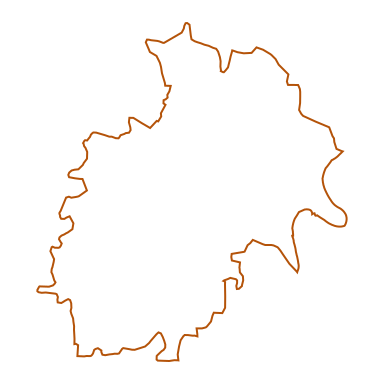 Quwisna, Al Minufiyah, Egypt (Equal Earth projection)
{"feature_id": "37247803B73326223517768", "entity_name": "Quwisna", "entity_type": "district", "adm_level": 2, "iso_a3": "EGY", "parent_name": "Egypt", "parent_adm1": "Al Minufiyah", "projection": "equal_earth", "projection_center": [31.193, 30.56], "detail": "fine", "context": "isolated", "style": "outline", "palette": "amber", "viewbox_px": 384, "rotation_deg": 0, "n_neighbors": 0, "source": "geoboundaries", "source_scale": "gbopen_adm2", "svg_char_len": 5942}
<svg xmlns="http://www.w3.org/2000/svg" viewBox="0 0 384 384"><path d="M178.4,360.4L177.7,354.4L179.1,346.3L180.6,340.3L183.5,336.0L184.0,335.7L184.6,335.0L188.2,335.1L192.7,335.7L194.6,335.6L197.4,336.4L197.3,333.9L196.6,328.4L202.0,328.4L205.8,327.4L206.9,326.5L211.0,321.5L212.5,315.7L213.8,312.7L215.2,312.8L222.3,313.1L225.1,307.8L225.2,297.6L225.2,295.9L225.0,284.2L225.1,282.0L224.1,281.1L223.5,280.9L224.1,280.4L228.0,279.0L230.3,277.9L235.9,279.2L237.1,280.4L237.1,283.1L236.3,285.9L236.9,289.0L238.9,288.8L241.9,286.1L242.0,285.1L243.2,280.3L242.9,276.2L239.9,272.4L239.6,268.5L239.4,267.7L240.0,262.4L231.9,260.5L231.3,257.0L231.7,253.9L243.7,251.9L244.6,251.6L247.6,245.2L250.3,243.1L252.8,239.9L262.8,244.2L265.2,245.0L271.3,245.0L273.5,245.4L277.5,247.2L278.3,248.0L280.4,250.6L283.0,254.5L289.4,263.8L296.6,271.4L297.2,272.2L297.5,271.2L297.9,270.2L298.1,269.7L298.3,269.0L298.5,268.2L298.6,267.5L298.6,267.1L298.7,266.3L298.7,265.6L298.6,264.8L298.5,264.0L298.3,263.3L298.0,261.0L297.6,259.0L297.1,256.5L296.6,254.9L296.5,254.2L296.2,253.0L295.9,251.7L295.6,249.4L295.3,247.8L295.1,247.0L294.9,246.2L294.5,244.6L294.0,243.0L293.8,242.1L293.7,241.5L293.7,240.7L293.5,239.9L293.3,239.1L293.0,238.0L292.5,236.9L292.3,236.2L292.2,235.6L292.4,235.5L292.6,235.4L292.8,235.3L293.1,235.4L293.1,234.1L293.0,233.5L292.9,232.2L292.9,231.6L292.8,231.0L292.6,229.8L292.3,228.3L292.5,227.1L292.7,225.7L293.0,224.4L293.3,223.0L293.9,221.0L294.4,219.7L294.8,218.7L295.5,217.6L296.7,215.8L297.8,214.0L298.9,212.1L304.7,209.5L304.9,209.5L306.0,209.4L306.7,209.3L307.5,209.4L308.6,209.5L309.3,209.7L309.9,209.9L310.5,210.2L311.0,210.7L311.3,211.0L311.6,211.6L311.9,212.2L312.1,212.8L312.1,213.0L312.2,213.5L312.2,214.2L312.7,213.9L313.2,213.6L314.0,213.4L314.5,213.3L314.7,213.9L314.9,214.5L315.1,215.1L315.5,215.7L316.0,215.7L316.4,215.6L316.8,215.5L317.1,215.3L320.3,217.5L324.5,220.1L325.5,221.0L326.5,221.7L327.6,222.5L329.2,223.5L330.9,224.3L332.1,224.9L333.3,225.3L334.5,225.8L335.7,226.1L336.1,226.2L337.0,226.4L338.0,226.5L338.9,226.6L339.9,226.6L340.8,226.6L341.8,226.5L342.7,226.3L343.6,226.1L344.5,225.8L344.9,225.2L345.3,224.5L345.6,223.8L346.0,222.7L346.2,222.0L346.4,221.2L346.5,220.4L346.6,219.6L346.6,219.2L346.6,218.8L346.6,218.0L346.5,217.2L346.3,216.5L346.3,216.1L346.0,215.3L345.9,215.0L345.8,214.6L345.2,213.6L344.5,212.5L343.9,211.7L343.3,211.0L342.7,210.4L342.0,209.8L341.4,209.3L340.6,208.7L339.9,208.3L338.0,207.3L336.7,206.5L335.5,205.6L334.7,205.0L334.0,204.3L333.3,203.6L332.6,202.8L331.7,201.6L331.1,200.7L330.7,200.0L329.8,198.7L328.8,197.1L327.5,194.8L326.3,192.4L325.1,189.9L324.8,189.1L324.3,187.9L323.8,186.1L323.4,184.9L323.2,183.6L322.9,182.4L322.8,181.1L322.7,180.5L322.6,179.2L322.5,178.5L322.8,177.4L322.9,176.7L323.2,175.3L323.6,173.9L324.0,172.5L324.5,171.1L325.0,169.8L325.6,168.3L327.3,166.3L328.5,164.7L330.3,162.3L331.7,160.2L333.0,159.6L334.1,158.9L335.3,158.2L336.6,157.2L337.5,156.5L338.2,155.8L339.0,155.0L339.8,154.2L340.5,153.6L341.5,152.6L342.7,151.4L341.7,151.1L336.5,148.9L334.3,142.0L334.0,138.4L332.5,136.1L329.2,127.3L315.6,121.6L303.1,115.9L301.3,113.9L299.1,110.0L300.1,103.1L300.2,96.4L300.2,91.9L299.9,89.1L298.5,85.8L298.1,85.0L288.0,84.9L286.9,81.5L288.4,74.4L278.7,64.7L275.6,59.1L271.5,55.0L270.2,54.0L263.0,49.7L259.6,48.5L256.5,47.4L251.6,52.9L243.7,53.3L237.5,52.2L232.7,50.5L232.2,50.4L232.0,51.6L230.6,56.5L229.7,60.6L228.9,63.7L228.0,67.4L225.5,70.5L223.9,72.2L223.1,72.2L220.8,71.1L221.0,70.5L220.4,66.6L220.6,61.2L219.9,57.1L218.1,51.6L216.2,48.8L213.0,47.8L208.7,45.8L204.4,44.7L200.9,43.3L197.3,42.2L194.6,41.2L191.5,39.3L190.8,35.6L189.5,24.7L187.1,23.0L185.6,23.2L184.3,25.9L183.8,28.6L181.7,32.6L164.0,42.9L163.2,42.9L159.3,41.4L157.3,40.9L151.0,40.2L149.0,39.7L147.0,39.6L145.8,42.3L148.8,49.3L149.9,52.0L156.5,55.9L159.9,62.8L161.0,66.9L162.0,73.3L163.8,79.3L164.9,83.0L165.2,85.7L170.7,85.9L169.4,91.3L167.3,94.9L167.6,97.6L165.6,99.4L164.4,99.8L163.6,100.2L163.5,103.4L165.5,104.8L160.9,113.3L161.2,116.5L158.2,121.4L156.7,120.9L150.1,128.0L141.9,123.2L133.4,117.9L129.4,117.8L128.9,122.3L130.3,127.3L130.6,130.1L129.0,132.7L125.8,133.1L124.2,134.0L120.6,135.2L119.3,137.4L118.5,138.3L115.8,138.2L111.8,136.7L109.4,136.7L104.7,135.1L96.1,132.6L93.3,132.5L92.1,133.4L90.9,134.7L90.0,136.9L88.8,138.3L87.5,140.0L87.1,140.5L85.1,140.2L84.4,140.8L83.1,143.1L83.5,143.5L84.2,146.3L85.4,147.7L87.2,151.9L87.0,158.7L83.7,163.1L82.9,164.9L78.4,169.3L74.6,169.7L71.6,170.5L69.2,172.6L68.3,174.9L69.1,177.2L75.0,178.3L79.7,178.9L82.5,179.0L86.9,190.5L78.9,196.2L77.7,196.6L75.7,197.0L71.3,197.7L68.9,196.7L66.1,197.6L60.6,211.0L59.5,212.7L59.4,213.7L60.1,215.6L60.1,216.9L61.2,218.8L64.4,218.9L66.4,217.6L69.6,216.3L73.4,223.3L72.4,229.2L67.6,232.6L66.4,233.1L64.3,234.4L61.5,235.6L59.5,237.4L59.0,239.2L60.9,242.4L61.7,243.4L60.9,245.6L59.6,247.4L58.4,247.8L54.8,247.7L52.5,246.7L51.7,247.2L50.4,251.2L53.4,257.7L54.1,259.1L53.7,261.8L52.4,267.3L52.0,268.2L51.7,269.1L51.4,272.2L52.5,274.5L54.3,280.5L55.5,282.3L54.7,283.7L53.0,285.4L49.0,286.7L39.5,286.4L39.1,286.8L37.4,289.9L37.4,291.3L38.6,292.2L41.7,292.8L45.7,292.5L55.6,293.7L56.7,294.2L57.9,297.0L57.4,299.7L57.7,302.4L61.3,303.0L62.9,302.1L64.9,300.8L68.1,299.1L70.1,300.1L71.2,303.3L71.4,307.9L70.6,311.0L71.3,313.8L73.1,318.4L73.4,321.6L74.1,326.2L74.0,329.8L74.3,334.8L74.5,338.9L74.4,344.1L75.8,343.8L78.1,345.2L77.4,356.1L84.2,356.4L86.6,356.0L90.1,356.1L91.3,355.7L92.1,354.8L93.0,353.5L94.2,349.9L95.5,349.0L97.9,348.2L101.4,350.5L101.3,351.9L102.4,354.7L105.2,355.2L109.5,354.4L112.4,354.1L114.7,353.7L117.5,353.8L119.1,353.4L119.9,352.1L121.2,350.3L122.0,349.0L123.2,348.1L129.5,349.2L131.9,349.7L134.7,349.8L145.1,346.5L149.1,343.0L150.8,340.8L156.5,334.2L158.5,332.4L160.9,333.4L162.8,337.1L164.2,340.8L165.3,344.5L165.2,347.6L163.6,349.9L161.6,351.2L157.5,355.1L156.7,356.0L156.6,359.6L157.8,360.6L169.2,361.0L174.4,360.2L177.6,360.3L178.4,360.4Z" fill="none" stroke="#b45309" stroke-width="2"/></svg>